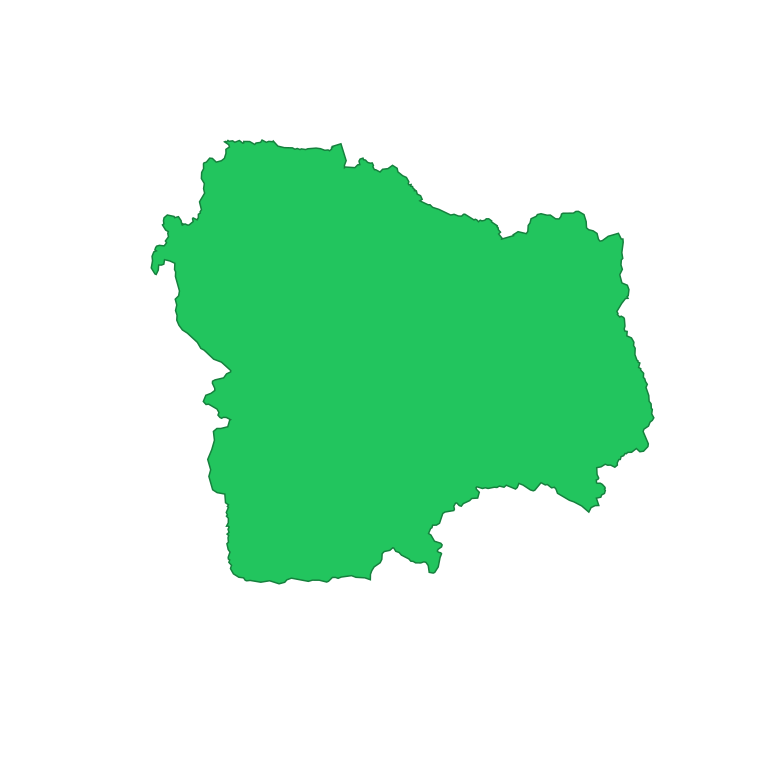 the district of San Vicente, Antioquia, Colombia, rotated 113°
{"feature_id": "7082276B36807549160801", "entity_name": "San Vicente", "entity_type": "district", "adm_level": 2, "iso_a3": "COL", "parent_name": "Colombia", "parent_adm1": "Antioquia", "projection": "natural_earth1", "projection_center": [-75.346, 6.311], "detail": "fine", "context": "isolated", "style": "filled", "palette": "green", "viewbox_px": 768, "rotation_deg": 113, "n_neighbors": 0, "source": "geoboundaries", "source_scale": "gbopen_adm2", "svg_char_len": 6171}
<svg xmlns="http://www.w3.org/2000/svg" viewBox="0 0 768 768"><g transform="rotate(113 384 384)"><path d="M411.9,138.8L406.1,143.9L403.5,140.2L401.1,140.3L398.6,138.3L395.4,138.7L394.6,140.0L393.4,139.7L392.6,140.5L391.1,143.8L390.8,146.1L392.1,149.0L391.8,149.8L389.4,151.1L388.2,149.8L386.7,149.6L384.1,152.5L377.9,155.5L375.4,151.8L371.4,149.0L371.4,146.5L370.1,143.7L370.4,139.0L367.5,137.5L365.4,138.5L361.8,138.3L361.1,137.0L358.2,137.4L356.4,135.4L353.8,135.0L353.5,133.7L351.7,132.9L350.1,129.4L344.8,126.5L346.4,122.0L344.4,118.8L338.5,116.6L335.8,117.3L326.5,126.9L324.0,127.1L319.4,124.1L315.2,124.2L312.6,122.8L309.7,122.4L306.9,125.9L302.5,127.1L302.0,128.4L297.9,130.4L296.3,133.2L291.1,135.8L284.8,141.5L281.4,141.5L279.5,144.3L277.3,146.0L276.6,147.8L272.7,149.2L270.9,153.2L269.6,153.6L269.3,156.1L264.7,156.7L264.6,158.7L263.4,159.3L263.3,160.4L258.9,164.5L252.9,166.8L251.1,169.3L247.9,170.3L244.9,174.2L244.8,179.3L240.6,180.7L241.1,183.0L239.5,184.4L236.6,184.8L230.1,188.2L229.2,189.3L228.9,192.2L230.2,193.2L228.8,196.3L227.8,196.1L226.2,198.0L217.0,196.7L210.9,195.1L209.8,192.9L208.5,194.4L207.3,193.7L201.4,195.4L198.0,198.6L198.0,204.5L191.3,209.7L185.3,209.4L181.8,212.4L177.1,214.0L175.1,213.3L170.2,216.4L160.1,219.2L157.2,220.7L157.8,222.3L153.7,227.1L160.4,235.3L166.8,239.1L168.1,241.0L167.0,243.1L162.2,246.7L161.3,251.3L162.0,255.9L161.1,258.6L155.6,261.3L149.9,266.1L149.1,272.5L150.2,274.8L152.7,276.4L156.9,286.0L158.2,287.0L160.8,286.6L163.7,287.4L164.9,290.6L163.5,296.9L164.9,299.8L165.9,306.0L168.1,309.0L170.2,309.4L174.4,313.2L178.7,312.5L181.7,313.2L187.4,311.2L190.0,311.8L191.4,320.1L196.2,323.4L196.8,322.7L204.6,332.3L203.6,332.4L201.1,337.1L198.7,336.1L197.3,339.0L195.4,340.2L195.1,341.5L194.1,341.6L192.8,348.3L191.8,348.6L191.0,352.1L192.0,354.4L194.0,355.3L195.6,357.6L195.6,359.4L197.7,360.5L196.7,362.7L196.7,364.4L197.8,365.2L196.1,375.9L196.7,377.1L199.2,378.2L200.3,381.1L200.4,385.8L202.4,388.6L201.8,401.7L202.4,408.3L201.0,411.7L201.8,413.4L201.4,422.6L199.1,421.0L196.4,423.9L196.2,427.6L193.6,429.7L194.1,431.5L193.1,431.5L192.4,433.8L191.1,434.9L191.5,436.7L189.8,437.0L190.9,438.8L190.2,439.9L188.1,440.2L185.1,444.1L185.0,448.2L183.3,454.1L180.3,456.2L179.4,461.6L184.2,464.5L186.9,469.2L190.4,470.5L190.0,475.4L190.5,476.5L188.4,479.1L187.0,479.1L185.1,481.2L186.1,482.9L186.4,485.7L185.1,488.5L185.5,490.5L184.3,491.6L186.3,493.9L188.6,494.1L191.5,492.0L192.5,493.8L196.2,495.3L199.4,504.4L200.3,504.9L198.0,505.9L193.2,506.1L179.7,517.5L185.6,524.5L186.2,523.8L187.3,524.6L188.3,524.0L190.6,525.3L190.4,526.9L192.0,529.8L192.2,534.4L193.4,538.7L197.2,546.0L198.8,547.7L199.9,552.0L201.0,552.9L201.1,555.9L202.7,557.7L202.4,560.5L205.4,568.1L206.5,574.6L203.6,580.9L204.4,581.0L205.7,584.9L207.5,586.7L207.1,591.6L209.8,592.0L212.2,596.0L214.0,596.6L213.3,602.4L215.5,607.8L216.8,607.3L217.5,608.1L216.4,612.3L219.8,615.8L219.3,618.3L221.2,621.6L220.8,622.8L222.8,623.5L222.7,624.8L223.4,625.4L224.4,620.4L226.2,618.9L229.8,621.2L233.4,619.6L238.7,619.1L242.0,620.9L245.3,625.1L243.4,630.1L244.2,632.7L249.2,634.2L250.8,636.1L251.9,636.2L256.3,634.2L260.5,634.5L266.2,632.4L269.7,627.7L274.7,626.4L278.4,623.7L288.4,625.0L295.0,620.1L297.2,620.6L298.4,619.9L300.3,621.2L303.4,619.9L305.9,620.2L305.7,624.6L306.8,624.8L309.0,623.1L313.6,625.5L314.4,626.5L314.4,629.7L316.5,631.8L315.9,632.4L315.1,631.9L315.0,633.3L312.9,634.6L310.3,638.6L312.7,641.7L311.8,642.7L313.1,649.5L316.9,651.4L319.9,650.8L322.6,649.2L324.1,650.1L327.6,645.2L328.0,642.1L329.8,641.9L332.7,639.9L337.8,641.1L339.0,639.3L342.8,640.4L344.1,644.9L346.0,647.2L348.0,647.5L350.0,647.3L350.4,645.6L352.3,647.5L357.1,647.4L361.0,645.2L368.1,643.6L372.2,637.8L372.2,636.5L367.3,636.3L362.6,637.9L361.4,635.2L359.7,633.5L355.3,634.6L354.4,629.1L354.6,623.7L360.5,621.5L362.2,619.6L366.5,618.0L378.3,608.6L383.1,607.5L387.5,609.3L392.3,605.6L397.8,604.6L401.7,601.3L406.2,599.7L410.0,595.8L413.0,590.7L414.0,584.9L418.6,572.1L422.8,566.5L423.1,562.9L427.7,550.5L427.4,542.2L431.5,530.3L432.8,529.9L436.2,532.9L441.0,534.0L446.2,541.1L448.4,542.9L450.3,542.3L454.0,538.2L456.0,537.2L460.2,539.6L464.0,543.6L470.7,543.5L472.4,539.8L471.1,537.6L472.3,528.0L474.7,524.8L477.5,524.7L478.9,521.9L479.0,520.1L477.5,518.9L476.4,516.1L476.8,511.3L477.8,511.9L484.4,511.1L488.7,516.8L490.2,520.4L494.3,522.5L502.0,518.1L511.7,516.9L522.3,516.8L530.7,510.0L537.5,509.1L548.3,500.4L549.2,495.2L547.5,487.5L555.2,483.5L556.0,479.9L558.0,480.3L558.3,479.0L563.9,479.0L565.7,476.9L567.2,477.4L568.4,474.8L572.6,473.1L576.4,473.4L575.7,471.9L576.2,470.7L578.7,470.8L581.1,468.7L583.5,469.8L584.1,467.8L586.5,467.5L590.4,465.4L592.4,466.2L597.3,462.7L598.9,460.1L604.4,459.7L605.9,458.9L606.2,457.3L608.8,457.1L610.5,453.5L613.9,453.2L617.6,448.4L618.6,442.1L617.3,437.5L618.9,435.0L618.8,433.5L617.1,430.5L614.6,420.0L609.8,412.4L608.9,402.5L605.3,397.9L602.2,396.9L598.9,393.4L595.2,376.5L592.5,373.2L589.9,367.0L588.7,359.4L587.3,358.0L582.2,355.9L581.0,353.1L580.8,350.3L578.4,347.9L573.1,339.0L572.9,334.3L569.9,325.9L569.5,320.1L564.5,322.1L560.6,322.3L556.2,321.6L550.0,317.7L546.3,317.5L540.9,319.4L538.1,318.3L534.8,313.6L531.3,311.9L531.2,310.9L533.4,307.8L533.2,304.2L534.7,301.1L535.3,292.8L536.6,290.1L535.9,287.8L536.3,285.1L534.3,280.2L532.1,277.8L531.8,275.7L533.8,272.4L539.7,268.8L538.8,264.8L537.6,263.7L531.2,262.6L521.8,264.6L517.8,264.7L517.2,265.8L517.6,268.2L516.9,269.7L515.0,269.6L511.5,267.4L509.4,267.6L508.4,269.5L509.0,276.1L504.7,281.8L504.2,284.6L498.8,284.6L497.5,283.7L495.0,284.1L493.4,280.6L490.5,278.5L480.2,279.3L478.0,277.8L473.2,270.3L471.7,270.3L469.3,272.0L465.7,271.6L465.1,270.5L466.5,267.2L466.3,265.1L463.1,264.3L457.9,259.6L455.1,258.5L452.4,253.2L446.4,254.0L444.7,258.0L443.3,258.8L442.3,258.2L441.7,252.5L439.9,250.2L439.5,247.4L435.9,242.1L435.1,239.6L432.9,237.9L432.1,233.2L429.4,231.9L429.3,221.9L427.2,220.9L422.8,221.0L422.7,216.5L424.3,207.8L424.0,204.9L422.9,203.7L413.5,200.9L413.9,196.1L412.7,194.4L414.1,189.2L412.5,186.8L413.6,184.6L416.8,181.6L418.6,167.9L418.3,163.2L419.0,154.4L421.9,145.4L416.9,145.1L413.5,142.2L411.9,138.8Z" fill="#22c55e" stroke="#15803d" stroke-width="1.5"/></g></svg>